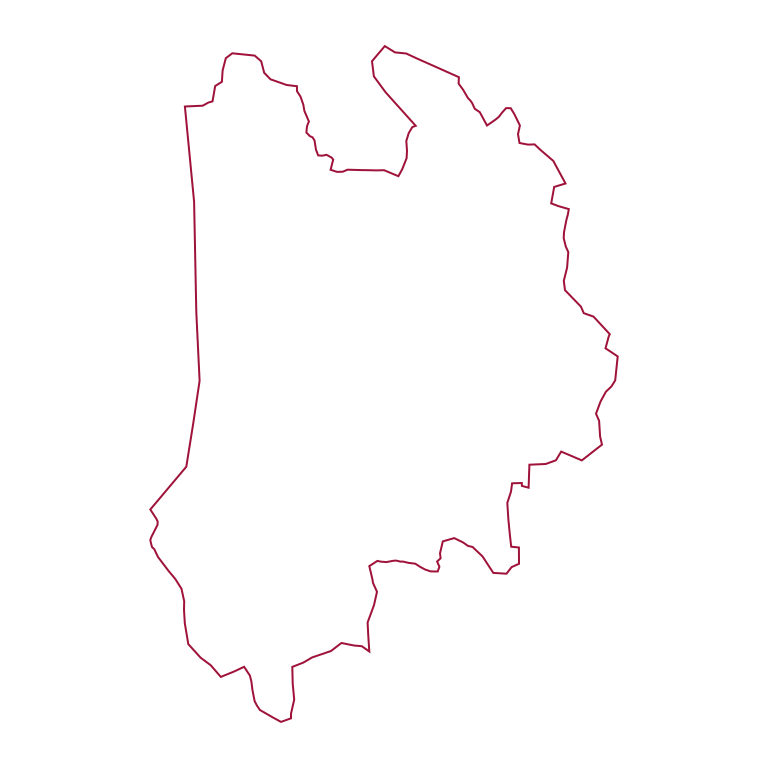 the district of Yewa North, Ogun, Nigeria
{"feature_id": "59680162B21216344152794", "entity_name": "Yewa North", "entity_type": "district", "adm_level": 2, "iso_a3": "NGA", "parent_name": "Nigeria", "parent_adm1": "Ogun", "projection": "natural_earth1", "projection_center": [2.929, 7.092], "detail": "fine", "context": "isolated", "style": "outline", "palette": "rose", "viewbox_px": 768, "rotation_deg": 0, "n_neighbors": 0, "source": "geoboundaries", "source_scale": "gbopen_adm2", "svg_char_len": 2563}
<svg xmlns="http://www.w3.org/2000/svg" viewBox="0 0 768 768"><path d="M184.9,106.5L194.1,201.8L196.3,312.1L199.6,380.8L193.3,423.0L186.3,466.7L150.3,509.5L156.3,518.7L157.7,521.6L157.5,524.9L151.3,537.1L150.3,540.1L151.1,543.7L152.0,547.0L154.3,549.2L158.0,557.0L168.7,571.1L175.3,579.0L181.5,588.8L184.2,601.3L184.0,609.7L184.8,623.2L188.3,644.1L200.6,657.7L210.7,665.2L220.8,676.9L233.9,671.6L244.1,666.8L249.9,675.6L251.4,681.5L252.4,689.7L254.6,701.1L256.9,705.5L259.9,710.0L273.3,717.7L281.0,721.9L291.0,718.3L291.0,713.7L294.2,699.6L292.7,683.5L292.3,666.9L303.3,662.6L312.2,657.4L331.0,651.0L341.4,643.0L354.0,645.5L361.8,646.2L369.3,651.5L368.3,636.2L367.6,622.5L374.0,605.1L377.0,591.8L373.0,582.9L372.4,579.2L369.3,566.1L377.4,560.9L380.5,561.6L386.4,562.1L393.1,560.8L396.2,560.6L400.5,561.6L403.3,561.6L405.6,562.2L408.7,562.9L415.3,563.7L420.4,567.0L425.3,569.6L430.6,571.4L437.7,571.5L439.4,566.8L437.1,561.5L440.6,558.3L440.0,553.3L442.8,541.4L454.2,538.1L463.0,542.4L468.0,545.9L472.6,547.0L482.6,556.5L493.3,572.9L506.5,573.7L511.6,567.1L519.0,563.8L518.9,547.5L511.2,546.7L509.9,535.1L508.4,519.8L507.3,502.9L511.0,491.6L512.1,483.3L521.8,483.0L521.9,485.9L528.6,487.7L529.4,464.7L545.7,464.0L555.9,460.3L561.2,451.6L581.8,460.4L602.0,444.6L600.1,436.6L599.1,420.8L596.0,413.7L600.6,401.4L605.9,391.7L611.4,386.5L615.2,380.4L617.7,356.4L605.5,348.3L608.9,335.9L609.8,334.2L593.5,316.6L583.8,313.2L580.9,306.6L565.0,290.2L563.8,280.8L567.1,267.6L568.3,252.1L565.8,246.6L563.7,238.2L564.0,232.3L566.3,220.4L567.9,214.3L568.8,209.1L558.7,206.2L551.2,203.4L554.2,186.9L565.5,183.5L553.3,160.9L540.9,150.3L534.6,144.4L528.0,144.6L519.5,143.0L518.0,134.2L519.9,125.5L514.3,114.0L510.7,108.2L506.1,108.1L502.0,112.7L498.9,116.8L495.5,119.6L487.0,125.5L479.8,112.2L474.8,108.8L472.1,103.0L470.4,100.6L467.9,98.0L463.2,89.9L458.6,83.6L458.9,77.2L417.6,58.8L406.2,53.5L395.0,52.4L384.8,46.1L372.0,61.2L373.9,76.4L385.6,92.3L415.7,125.8L412.3,127.1L408.7,133.2L406.3,141.0L407.0,150.7L406.6,158.2L402.2,169.3L398.4,176.2L384.1,170.2L376.4,170.4L369.1,170.2L361.6,170.1L347.5,169.7L342.8,171.7L337.1,171.9L330.6,169.8L333.2,159.6L331.6,157.6L326.5,154.8L322.4,155.7L318.2,155.4L316.0,149.8L314.5,140.4L312.5,137.3L310.0,136.2L306.4,132.6L306.8,127.9L307.3,125.4L308.9,121.5L306.4,115.6L304.4,111.0L303.3,104.6L300.5,96.6L297.0,91.2L296.9,86.2L286.7,85.0L270.5,79.3L264.2,72.8L261.2,61.3L254.7,55.6L232.3,53.3L225.8,58.2L222.6,70.6L221.9,81.8L215.2,86.0L212.5,101.4L208.5,102.5L202.7,105.7L184.9,106.5Z" fill="none" stroke="#9f1239" stroke-width="2"/></svg>